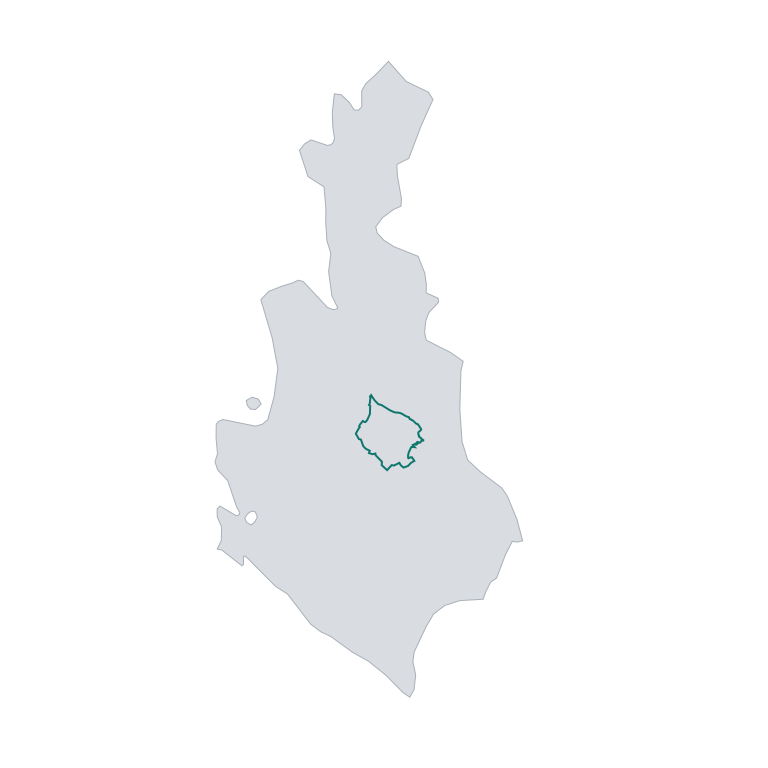 Kotayk, Kotayk, Armenia shown in context, rotated 226°
{"feature_id": "60910142B27902732275271", "entity_name": "Kotayk", "entity_type": "district", "adm_level": 2, "iso_a3": "ARM", "parent_name": "Armenia", "parent_adm1": "Kotayk", "projection": "natural_earth1", "projection_center": [44.724, 40.239], "detail": "fine", "context": "in_parent", "style": "outline", "palette": "teal", "viewbox_px": 768, "rotation_deg": 226, "n_neighbors": 0, "source": "geoboundaries", "source_scale": "gbopen_adm2", "svg_char_len": 3266}
<svg xmlns="http://www.w3.org/2000/svg" viewBox="0 0 768 768"><g transform="rotate(226 384 384)"><path d="M345.3,456.7L340.0,448.4L313.2,421.0L288.3,400.1L271.2,391.4L254.0,392.3L227.3,396.5L217.5,394.8L194.3,385.6L174.9,374.8L177.6,370.2L181.7,367.0L176.9,352.9L166.2,330.2L167.4,323.1L164.0,313.2L160.3,305.8L175.5,288.1L182.5,273.8L184.1,259.9L180.1,245.5L170.2,219.4L164.1,211.8L152.7,204.7L143.2,193.2L140.8,185.0L148.9,183.3L172.4,183.1L195.2,180.3L213.1,174.9L239.0,170.4L249.6,166.4L262.1,164.4L299.9,168.7L314.0,165.4L356.5,164.8L357.6,163.1L351.8,157.6L351.9,155.5L377.2,152.0L381.1,149.4L384.4,158.2L394.0,167.9L404.4,171.8L410.0,177.2L410.2,181.2L391.8,186.2L390.6,188.6L391.8,191.1L397.3,192.3L423.1,204.5L437.8,204.7L445.5,208.4L449.4,215.7L461.7,225.6L471.5,235.3L472.1,238.6L470.3,243.5L442.9,262.3L439.5,268.8L439.1,275.7L451.2,296.1L469.0,318.5L494.7,335.5L530.2,354.0L530.7,365.4L525.1,379.0L520.3,388.2L518.2,394.4L513.9,397.1L478.6,396.5L473.3,398.7L471.0,401.4L470.8,403.6L483.5,407.7L503.4,422.3L514.8,436.4L526.7,442.5L540.1,453.8L550.8,464.3L567.5,477.8L586.0,473.4L610.8,485.5L611.9,493.7L610.4,501.0L594.9,509.0L592.9,512.3L593.0,515.1L595.0,519.0L604.2,525.5L615.0,535.2L627.2,549.8L621.9,554.1L610.6,554.7L601.7,552.9L598.6,555.9L598.9,560.6L610.4,571.6L612.7,579.7L612.3,593.6L613.0,611.3L586.1,610.1L563.2,618.6L554.6,616.9L548.7,601.9L543.8,589.8L529.1,558.6L533.0,545.8L524.8,538.5L505.1,525.2L500.1,519.7L502.9,512.2L504.7,498.5L502.8,487.3L497.5,484.0L487.8,483.7L475.9,486.5L452.1,497.2L435.5,490.4L425.9,483.4L420.4,477.6L408.0,482.5L404.9,480.1L404.2,465.8L400.5,458.1L393.0,449.1L386.1,444.8L360.6,453.7L345.3,456.7ZM384.6,200.4L385.4,195.3L384.2,190.6L380.1,189.1L375.0,190.4L374.6,195.5L376.2,200.4L381.3,202.6L384.6,200.4ZM466.2,279.9L460.4,283.1L454.9,281.7L454.9,273.7L458.8,270.5L463.4,270.7L467.8,273.5L466.2,279.9Z" fill="#d9dde1" stroke="#a8b0b8" stroke-width="1"/><path d="M319.9,326.4L320.3,333.2L318.4,334.6L316.6,340.3L314.0,339.6L310.3,340.0L308.4,344.3L308.5,348.9L307.6,352.4L309.9,352.9L311.2,352.9L311.6,353.2L312.6,352.6L313.6,350.0L314.3,350.2L315.8,351.6L317.4,353.9L319.1,358.2L319.6,359.5L319.6,360.2L317.2,362.2L319.4,362.3L320.1,362.4L319.6,363.8L319.3,364.9L318.1,364.8L317.8,365.7L317.8,366.9L319.0,366.9L319.2,367.5L319.0,368.0L317.7,368.5L316.8,369.0L316.7,369.7L317.1,371.1L316.8,372.1L316.0,372.9L316.3,373.3L317.0,373.2L318.5,372.7L319.0,373.1L319.6,373.1L320.8,372.6L321.9,372.7L322.4,372.9L322.6,373.5L323.2,373.5L324.2,373.9L325.1,374.7L325.4,375.6L325.2,378.4L325.5,379.2L326.5,379.6L328.0,379.7L329.2,380.1L330.4,380.2L331.2,380.5L333.2,379.6L338.0,379.4L339.0,378.7L339.6,378.9L340.7,378.3L341.8,378.3L342.6,378.9L345.7,377.4L350.5,376.1L352.2,375.3L353.0,374.7L356.3,371.9L359.5,370.6L360.7,370.1L370.9,367.5L373.4,365.9L378.7,365.9L385.0,367.0L384.6,365.0L383.4,364.7L382.5,363.3L379.8,360.2L379.3,358.6L377.9,358.9L372.2,353.0L369.8,347.0L369.7,346.4L369.5,344.6L369.5,344.4L370.0,343.6L372.1,343.1L372.0,342.1L371.5,338.4L370.8,336.7L369.8,336.6L369.5,334.7L368.6,331.6L367.8,329.2L361.9,327.7L360.0,328.8L353.7,325.9L350.0,325.9L345.9,327.4L344.8,325.2L341.4,327.0L340.0,329.5L338.5,328.5L329.5,328.5L327.3,326.0L319.9,326.4Z" fill="none" stroke="#0f766e" stroke-width="2"/></g></svg>